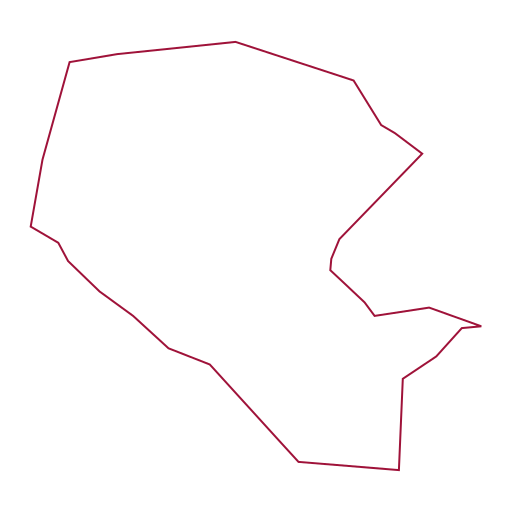 the district of Hospital Road, Castries, Saint Lucia
{"feature_id": "8701671B16711141632325", "entity_name": "Hospital Road", "entity_type": "district", "adm_level": 2, "iso_a3": "LCA", "parent_name": "Saint Lucia", "parent_adm1": "Castries", "projection": "mercator", "projection_center": [-60.999, 14.009], "detail": "fine", "context": "isolated", "style": "outline", "palette": "rose", "viewbox_px": 512, "rotation_deg": 0, "n_neighbors": 0, "source": "geoboundaries", "source_scale": "gbopen_adm2", "svg_char_len": 477}
<svg xmlns="http://www.w3.org/2000/svg" viewBox="0 0 512 512"><path d="M422.2,153.7L395.0,133.2L381.2,125.1L353.6,80.5L235.5,41.9L117.3,54.1L69.6,62.1L42.5,159.6L30.7,226.6L58.3,242.8L68.1,261.1L99.6,291.5L133.1,315.9L168.5,348.3L209.8,364.5L281.5,443.3L298.5,461.9L398.9,470.1L402.8,378.8L436.3,356.4L461.8,328.1L481.3,326.3L429.1,307.6L374.6,315.9L364.6,302.4L340.4,279.6L330.3,270.2L331.3,258.8L339.4,239.1L422.2,153.7Z" fill="none" stroke="#9f1239" stroke-width="2"/></svg>